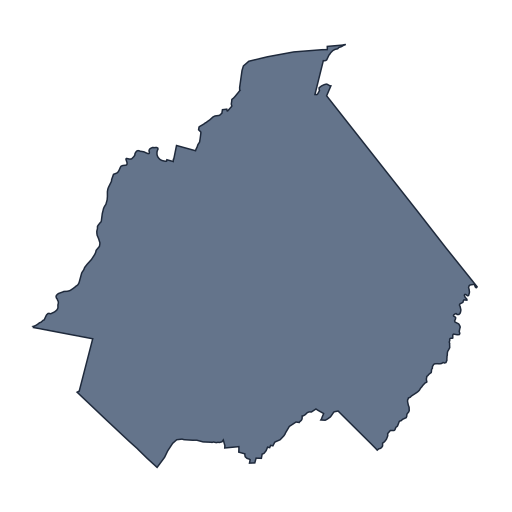 Doctor González, Nuevo León, Mexico (Mercator projection), rotated 91°
{"feature_id": "50627088B24522967605767", "entity_name": "Doctor González", "entity_type": "district", "adm_level": 2, "iso_a3": "MEX", "parent_name": "Mexico", "parent_adm1": "Nuevo León", "projection": "mercator", "projection_center": [-99.796, 25.845], "detail": "fine", "context": "isolated", "style": "filled", "palette": "slate", "viewbox_px": 512, "rotation_deg": 91, "n_neighbors": 0, "source": "geoboundaries", "source_scale": "gbopen_adm2", "svg_char_len": 5975}
<svg xmlns="http://www.w3.org/2000/svg" viewBox="0 0 512 512"><g transform="rotate(91 256 256)"><path d="M448.0,131.4L446.7,130.0L446.1,128.0L444.5,126.5L443.6,126.1L440.9,126.2L440.0,124.9L439.0,123.9L436.9,122.4L434.0,121.3L433.0,121.1L431.5,121.3L430.3,120.5L429.8,120.0L428.1,118.6L428.1,115.1L427.7,114.4L426.9,113.9L424.9,113.2L423.9,111.9L423.4,111.5L419.0,109.9L418.6,109.5L418.0,107.8L416.8,106.7L415.0,103.0L413.6,102.5L411.8,102.4L411.0,102.0L409.2,100.6L407.9,100.1L404.5,100.3L402.5,101.1L399.0,101.9L397.8,101.9L396.7,101.8L396.0,101.1L395.2,101.1L394.5,99.3L393.3,98.2L389.4,92.5L388.4,91.3L387.3,90.3L385.2,89.1L384.0,88.0L382.5,87.0L380.0,84.7L379.6,84.1L379.3,83.2L378.5,83.0L377.3,83.4L375.7,83.5L374.5,83.2L373.5,83.2L372.4,81.9L371.6,81.4L370.2,79.8L369.5,78.8L368.4,78.6L366.4,78.5L365.2,77.7L363.6,77.7L361.7,76.7L361.2,76.3L360.7,75.5L360.5,73.1L360.6,71.0L360.4,69.1L360.0,68.2L359.2,67.1L359.7,65.7L359.4,64.8L359.2,64.2L358.9,64.1L356.9,63.3L355.6,63.4L354.4,63.3L353.1,63.3L351.8,63.0L349.9,63.0L348.4,62.8L347.9,62.6L346.3,61.7L344.2,60.7L340.9,60.9L340.2,60.8L339.1,61.2L338.3,61.2L337.2,60.8L336.0,60.9L335.5,60.8L335.1,60.5L335.0,60.2L334.8,59.2L334.8,58.3L334.7,57.9L334.2,57.8L331.8,57.9L331.1,57.6L330.7,57.3L330.7,56.6L331.2,53.6L331.1,51.6L330.9,51.3L330.0,50.9L329.3,51.0L328.0,51.5L325.1,51.0L323.6,50.6L322.7,50.8L320.7,51.9L320.3,52.3L318.7,55.6L318.5,55.9L317.4,56.3L316.0,55.6L314.7,55.3L314.1,55.3L313.6,55.7L312.7,57.3L312.4,57.5L311.9,57.5L311.2,57.1L310.8,56.5L310.1,55.2L310.1,54.8L311.0,53.9L311.0,52.8L310.9,52.1L310.7,51.9L309.8,51.0L308.4,50.5L306.4,50.2L303.0,51.0L301.6,51.7L300.9,51.6L300.5,51.4L299.9,50.5L298.8,48.4L298.3,48.2L297.1,47.9L296.2,47.2L296.5,44.9L296.4,44.3L295.6,44.4L293.7,46.1L292.1,46.9L291.5,47.0L290.9,46.7L290.7,46.3L291.0,45.2L291.8,44.2L292.1,43.6L291.9,43.0L291.6,42.7L289.0,42.0L287.6,42.0L287.1,42.2L286.3,42.2L283.8,42.9L283.3,42.8L281.9,42.3L281.3,41.5L281.1,40.7L280.9,39.7L280.6,37.2L280.8,37.0L283.0,36.3L283.7,35.6L283.9,35.3L283.8,35.1L283.5,34.7L282.9,34.4L244.6,66.2L209.0,94.9L94.6,188.2L84.6,184.1L84.5,185.2L83.1,187.7L82.9,188.7L83.5,190.8L84.8,193.4L86.7,195.8L88.1,195.8L89.5,195.4L93.0,197.2L93.6,198.0L93.5,199.9L59.5,192.1L59.6,191.0L59.4,190.0L59.2,189.5L58.6,188.7L53.9,186.6L52.7,185.6L51.5,184.9L49.3,182.8L48.0,180.5L47.4,178.0L46.0,176.7L45.5,175.1L45.1,174.1L44.0,172.4L42.9,169.9L43.3,172.1L43.6,173.2L45.2,188.4L48.4,188.3L48.6,193.8L51.3,221.8L56.6,248.0L61.4,266.6L66.2,271.9L70.7,273.2L80.4,274.4L87.8,275.3L90.6,275.2L90.7,274.9L96.8,279.7L98.6,281.3L99.5,282.5L100.0,282.9L101.9,283.0L104.5,283.4L106.3,282.8L106.8,282.9L111.3,286.7L111.4,286.9L111.5,287.3L111.4,287.4L109.7,287.8L110.3,292.1L113.8,292.6L115.9,294.8L116.1,295.3L116.7,299.4L117.7,301.4L120.8,304.7L122.4,307.0L123.5,308.2L123.6,308.8L125.0,310.5L127.3,314.3L128.0,315.2L130.8,315.6L132.9,313.4L133.2,313.3L134.3,313.3L139.7,313.9L143.1,314.4L145.6,316.0L148.1,316.8L150.2,317.8L151.8,318.3L146.9,337.4L158.9,339.6L160.7,340.0L160.8,340.3L163.0,340.4L161.3,346.8L162.7,347.1L162.6,347.5L162.9,347.9L162.8,348.8L162.1,351.9L161.0,353.9L159.7,355.1L158.8,355.8L157.5,356.4L156.0,356.8L153.6,356.8L151.8,356.3L151.0,355.9L149.9,356.0L149.6,356.5L149.3,357.1L149.2,357.7L149.5,360.1L149.4,360.4L149.2,360.9L149.9,362.7L150.7,363.9L151.3,364.4L152.5,364.8L153.0,364.8L153.5,364.5L154.4,364.4L155.3,364.6L155.5,365.0L155.5,365.7L155.0,367.2L153.8,369.9L153.4,372.4L153.4,373.3L152.8,374.8L152.7,375.8L152.9,376.5L153.1,377.0L154.0,377.8L155.5,378.7L157.4,379.0L158.8,379.9L161.0,382.0L161.2,382.5L161.3,384.3L160.8,386.6L160.7,387.1L160.9,387.5L161.5,387.7L162.3,387.5L164.8,386.6L165.5,386.5L166.8,386.7L167.3,387.2L167.5,388.0L167.8,390.5L168.1,391.5L168.7,392.6L169.8,393.2L172.9,394.5L174.8,395.7L175.6,396.8L176.8,399.9L182.2,401.7L183.8,401.8L189.9,404.7L191.7,405.3L194.2,405.7L199.1,405.6L202.4,405.8L207.0,407.0L208.5,408.0L209.8,408.7L211.3,409.3L213.6,409.8L216.1,410.4L224.0,411.3L224.9,411.8L225.3,412.3L227.8,414.2L229.1,415.0L231.4,415.0L234.0,415.6L236.1,415.5L238.0,415.2L241.6,413.6L244.1,412.8L245.1,412.4L246.5,412.3L249.1,412.7L253.1,415.9L255.3,416.4L257.3,417.3L262.3,420.4L267.1,424.6L270.0,426.8L271.3,427.5L272.0,427.6L273.7,428.5L274.3,429.0L276.1,430.0L285.2,432.3L286.6,432.8L288.0,433.7L288.6,434.4L289.3,435.5L290.0,436.2L291.7,438.3L293.7,441.2L294.2,442.6L294.6,444.3L294.8,447.5L295.3,448.5L296.9,452.7L297.6,453.7L298.8,454.8L299.7,455.2L301.0,455.0L301.9,454.6L302.3,454.1L303.4,453.7L304.8,453.0L305.6,452.8L307.2,452.9L308.3,453.2L311.1,453.1L312.3,453.5L313.6,454.3L315.4,456.4L317.2,460.0L317.3,460.8L317.0,461.7L317.0,462.5L317.2,463.1L317.9,463.7L318.3,464.2L319.1,464.7L323.6,466.7L324.0,467.7L325.9,469.7L326.6,471.4L327.7,472.7L329.0,474.5L330.0,476.5L330.3,477.6L330.8,476.9L331.4,477.2L341.6,417.8L394.2,430.4L394.2,430.6L395.3,432.5L422.5,402.8L443.4,379.7L450.9,371.0L451.3,370.7L460.1,361.4L469.1,351.2L458.9,343.9L452.4,340.9L444.8,336.1L441.1,332.1L440.4,327.0L440.5,326.1L440.9,324.9L441.3,316.1L441.2,312.0L442.8,305.7L443.0,297.2L443.2,296.8L442.7,295.3L443.3,292.5L442.9,290.7L443.1,289.4L442.4,286.8L440.5,285.5L446.2,283.8L448.5,283.9L446.9,269.8L448.0,269.8L448.7,269.7L452.4,269.8L454.0,263.7L454.9,263.7L456.9,263.3L458.5,261.5L459.2,259.2L459.8,258.3L463.2,258.9L462.9,253.6L458.1,252.4L458.2,247.1L453.9,246.4L453.4,244.9L453.0,244.4L450.5,242.5L446.9,241.1L447.4,239.0L445.1,238.1L445.5,235.8L442.4,234.3L441.6,233.7L439.3,228.7L437.6,227.1L435.3,225.0L433.6,223.9L432.5,223.5L425.8,219.7L421.3,213.1L421.7,209.9L421.3,209.8L419.7,208.0L418.8,207.4L417.9,207.1L415.1,207.0L415.0,206.0L414.1,204.5L413.5,203.7L412.0,202.3L411.3,201.1L410.9,199.8L411.0,197.9L407.9,193.4L409.3,191.2L412.2,185.8L412.4,185.6L416.0,187.1L417.6,187.6L418.8,188.3L419.0,184.0L418.3,182.6L417.6,181.5L415.6,178.8L414.5,178.0L410.7,175.5L410.3,174.6L409.6,171.2L441.7,137.7L446.2,133.1L448.0,131.4Z" fill="#64748b" stroke="#1e293b" stroke-width="1.5"/></g></svg>